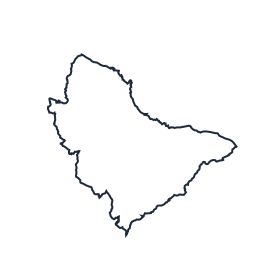 Berislavesti, Vâlcea, Romania, rotated 140°
{"feature_id": "2599482B15216043869555", "entity_name": "Berislavesti", "entity_type": "district", "adm_level": 2, "iso_a3": "ROU", "parent_name": "Romania", "parent_adm1": "Vâlcea", "projection": "orthographic", "projection_center": [24.443, 45.275], "detail": "fine", "context": "isolated", "style": "outline", "palette": "slate", "viewbox_px": 256, "rotation_deg": 140, "n_neighbors": 0, "source": "geoboundaries", "source_scale": "gbopen_adm2", "svg_char_len": 5829}
<svg xmlns="http://www.w3.org/2000/svg" viewBox="0 0 256 256"><g transform="rotate(140 128 128)"><path d="M133.8,209.9L134.5,208.3L137.3,206.1L139.0,206.0L140.4,206.5L141.8,206.2L142.7,205.7L143.4,205.0L143.4,204.2L143.7,203.6L144.2,203.3L144.4,202.6L145.4,201.2L146.9,201.1L147.3,200.3L148.7,199.3L149.1,198.4L150.8,198.4L151.3,198.1L151.5,197.7L151.2,196.9L151.4,196.4L153.2,196.0L153.6,194.8L154.2,194.1L154.5,192.2L155.0,191.7L156.1,191.4L155.8,188.9L156.1,188.0L157.5,187.1L159.6,186.9L161.5,188.2L162.2,190.0L164.3,191.8L163.5,191.9L163.2,192.3L163.6,192.7L163.3,193.0L163.5,193.5L164.0,193.3L164.4,193.5L164.9,193.0L164.7,192.3L164.9,192.1L166.6,193.4L165.6,195.1L165.6,195.6L167.4,198.6L168.1,200.2L169.0,201.0L169.5,200.9L170.3,199.6L170.7,198.9L170.7,198.2L171.5,197.6L171.6,196.6L172.2,195.6L172.9,195.3L174.9,195.2L175.5,195.6L177.0,194.2L177.9,191.4L177.8,191.2L178.4,190.5L177.0,189.1L176.1,187.3L175.3,186.9L174.5,186.9L175.0,186.0L174.7,185.6L176.2,184.5L176.6,183.6L178.5,181.0L180.4,179.8L180.9,179.0L181.7,179.1L182.3,178.1L182.4,177.2L182.0,174.9L182.2,174.7L182.3,174.1L183.2,172.8L183.1,171.9L183.7,170.7L183.7,170.1L185.1,168.9L185.1,165.4L186.0,164.5L186.1,163.8L185.6,162.9L185.3,161.1L184.4,159.8L184.6,158.9L187.8,158.6L189.1,159.4L189.7,159.2L189.1,157.3L189.5,156.1L189.0,155.5L188.4,154.0L187.7,150.3L187.1,148.8L188.4,147.9L189.5,146.4L189.4,145.5L188.5,145.1L188.3,144.5L187.6,145.0L187.2,144.1L186.6,144.0L186.6,143.5L186.4,143.3L185.9,143.3L183.9,144.0L183.3,143.2L182.3,142.8L182.0,142.2L180.8,142.3L180.2,141.6L183.3,140.4L184.3,140.3L185.5,137.9L186.8,136.7L187.0,135.8L187.6,134.9L188.2,134.4L191.3,133.6L192.9,130.7L193.8,129.8L194.7,129.4L195.6,127.6L196.3,127.1L196.8,126.2L198.1,125.3L199.1,124.1L198.3,121.9L198.1,118.8L199.4,117.0L199.4,116.4L198.1,114.1L196.8,110.7L196.0,109.4L195.5,108.2L194.5,107.0L194.1,106.0L195.3,103.3L195.3,102.0L196.0,99.3L195.4,98.0L193.6,96.7L193.0,96.1L193.1,95.7L193.5,95.0L193.8,95.1L194.2,94.7L194.3,93.9L194.7,92.9L193.6,92.9L192.4,93.3L191.6,93.1L190.7,93.7L190.0,93.8L187.4,92.6L185.2,93.6L185.4,92.6L185.3,91.4L185.5,88.6L186.0,85.9L186.3,85.1L186.1,83.7L186.4,82.7L190.0,79.6L190.6,77.8L191.8,76.5L193.2,76.3L193.9,75.3L196.6,74.7L197.0,73.3L197.8,71.9L198.1,69.4L197.4,67.1L196.6,66.9L195.1,67.2L194.3,66.2L192.6,66.4L191.9,66.1L193.7,64.3L194.1,63.4L194.8,63.1L195.3,62.2L195.7,62.3L195.7,63.0L196.5,62.4L197.1,63.2L197.4,63.0L197.8,62.2L198.7,62.7L199.2,62.3L199.4,61.1L198.9,60.2L198.9,58.7L198.5,56.8L197.5,56.0L196.0,55.6L196.6,54.4L195.6,51.4L195.8,49.5L196.6,49.1L197.0,48.3L197.7,48.2L197.9,47.6L198.3,47.1L197.1,47.4L195.1,48.7L194.6,48.7L193.6,49.7L192.5,50.1L191.2,50.0L188.8,52.2L188.1,52.3L186.7,53.3L185.8,53.3L185.1,53.7L184.0,53.2L182.8,53.2L181.7,52.5L180.1,52.3L179.3,51.4L177.5,50.2L174.2,50.2L173.9,50.4L173.9,51.7L173.4,51.0L173.4,50.4L172.8,50.3L172.1,51.0L171.3,51.1L169.8,51.8L168.6,50.5L165.3,48.2L165.1,48.6L164.7,48.7L162.6,47.8L160.6,48.6L158.1,48.3L156.8,49.2L155.3,49.4L153.0,47.9L152.5,47.2L149.9,46.4L148.2,46.3L147.0,46.7L146.1,46.0L144.6,46.4L143.7,46.0L143.4,46.2L142.6,45.9L142.4,46.1L142.8,47.1L142.0,47.3L140.5,46.6L136.2,46.7L135.6,47.0L134.0,44.8L132.6,44.1L131.5,44.1L130.6,43.4L129.8,42.3L128.2,40.9L124.9,41.5L124.8,42.8L124.5,43.8L123.6,44.2L123.4,44.7L123.5,45.6L122.4,46.4L122.0,47.0L121.4,47.2L119.4,47.1L118.5,45.9L117.3,47.2L115.2,47.8L113.0,47.2L112.3,47.7L111.2,48.0L110.6,47.8L109.4,47.9L106.4,49.6L105.8,49.4L104.9,49.6L104.2,49.4L103.4,49.6L102.6,50.3L99.9,50.4L98.2,51.9L98.0,52.5L97.2,52.6L96.7,53.0L96.0,52.9L95.7,53.2L94.2,53.0L92.3,53.6L91.5,53.2L91.0,52.5L91.5,51.1L91.2,50.4L91.2,50.0L90.8,49.6L89.8,49.1L87.8,49.6L85.3,49.6L83.4,48.7L82.0,47.5L81.8,46.7L82.0,46.0L81.6,45.2L78.4,44.0L77.1,43.0L75.6,42.3L75.4,42.6L75.5,43.7L74.7,44.1L68.4,42.4L68.2,42.8L67.6,42.9L67.3,42.5L65.9,42.8L65.1,42.5L63.7,42.5L61.8,44.5L60.2,44.3L58.6,44.6L57.5,44.0L56.8,44.0L56.6,49.0L56.8,51.1L57.7,53.7L60.2,57.4L61.3,59.9L62.7,62.5L63.0,63.7L62.7,66.2L64.5,68.0L67.3,71.7L70.2,75.0L72.4,76.8L74.5,77.8L75.2,77.8L75.6,78.2L76.0,79.3L76.8,80.1L77.1,81.9L78.2,83.3L79.0,84.8L79.4,87.7L79.0,88.8L79.0,89.3L80.0,90.7L84.9,93.3L85.6,94.0L86.5,94.2L87.8,95.0L90.1,97.0L92.3,98.1L93.0,99.4L93.8,99.9L94.4,100.9L96.2,101.2L96.6,101.5L96.6,102.4L95.7,104.1L97.0,104.5L97.6,105.3L96.4,107.2L97.1,107.5L97.2,107.9L97.0,108.4L97.3,108.7L99.5,108.9L99.5,110.7L99.8,111.1L99.6,111.5L99.8,111.7L99.8,112.1L100.1,112.9L99.7,113.2L99.6,113.6L100.4,114.6L100.1,115.9L100.2,116.4L101.7,116.3L102.2,117.3L103.1,117.6L103.4,118.3L103.8,118.8L104.1,119.9L105.0,120.4L105.2,120.8L104.5,124.1L105.4,125.8L106.4,126.9L104.9,127.0L106.9,128.6L108.1,131.8L108.2,133.7L108.0,135.4L108.2,136.4L107.5,137.7L107.4,138.2L107.8,138.8L107.7,139.4L108.2,140.6L107.4,142.9L107.2,144.1L105.6,147.4L105.8,149.0L105.3,150.9L104.0,152.2L103.9,153.5L102.8,153.6L103.1,153.1L102.4,153.6L102.1,154.8L101.6,155.4L101.7,155.9L101.5,156.5L100.9,157.0L99.1,157.5L98.5,159.1L98.3,159.0L98.3,158.7L97.9,159.3L97.3,159.7L97.3,160.6L96.8,160.7L96.1,160.4L96.0,161.1L95.4,161.6L95.2,162.1L95.6,163.1L96.4,163.1L98.8,162.3L100.0,162.4L99.9,163.4L100.7,166.8L100.5,167.0L100.5,167.9L101.0,168.5L100.6,168.7L100.2,170.7L99.5,170.7L99.1,172.7L100.3,172.9L100.2,175.7L99.9,176.6L98.6,177.4L99.1,177.8L99.1,178.2L98.8,178.3L99.7,179.1L99.9,179.6L101.0,180.7L101.8,181.0L101.7,182.1L101.2,181.4L100.3,182.2L100.7,183.6L101.1,184.3L101.7,184.4L102.2,185.0L103.1,184.6L104.2,187.5L104.4,188.4L105.0,189.2L105.2,190.0L106.6,191.0L107.6,192.3L108.0,193.4L108.6,194.1L108.8,195.6L109.8,198.2L111.8,200.4L112.7,202.3L113.0,205.2L113.6,206.0L113.9,207.4L114.5,208.5L115.5,212.4L116.3,214.0L116.6,213.7L117.1,213.7L120.0,215.1L124.0,214.6L127.6,213.0L129.4,213.2L129.9,213.5L130.9,211.7L133.2,210.1L133.8,209.9Z" fill="none" stroke="#1e293b" stroke-width="2"/></g></svg>